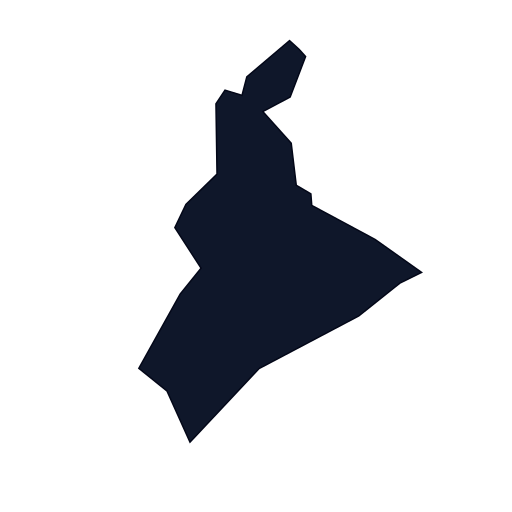 Montour, Pennsylvania, United States of America (Mercator projection), rotated 222°
{"feature_id": "52423323B26026796638538", "entity_name": "Montour", "entity_type": "district", "adm_level": 2, "iso_a3": "USA", "parent_name": "United States of America", "parent_adm1": "Pennsylvania", "projection": "mercator", "projection_center": [-76.627, 41.027], "detail": "fine", "context": "isolated", "style": "filled", "palette": "ink", "viewbox_px": 512, "rotation_deg": 222, "n_neighbors": 0, "source": "geoboundaries", "source_scale": "gbopen_adm2", "svg_char_len": 491}
<svg xmlns="http://www.w3.org/2000/svg" viewBox="0 0 512 512"><g transform="rotate(222 256 256)"><path d="M180.5,73.5L178.4,174.4L139.5,280.3L130.9,332.2L122.0,354.6L178.5,348.0L248.4,330.9L256.8,338.9L273.4,335.5L305.3,363.4L347.6,367.9L337.0,397.0L352.6,437.4L362.1,438.4L375.2,438.5L382.7,383.0L373.9,366.0L390.0,358.5L387.6,342.3L339.8,290.8L342.6,247.5L335.3,222.8L288.7,210.2L286.9,177.1L267.9,94.1L231.8,96.1L180.5,73.5Z" fill="#0f172a" stroke="#020617" stroke-width="1.5"/></g></svg>